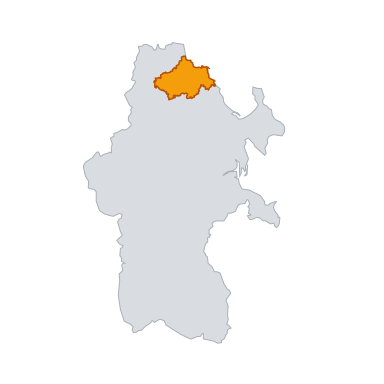 Donets'k on a map of Ukraine (Mercator projection), rotated 260°
{"feature_id": "UKR-327", "entity_name": "Donets'k", "entity_type": "Region", "adm_level": 1, "iso_a3": "UKR", "parent_name": "Ukraine", "parent_adm1": "", "projection": "mercator", "projection_center": [37.457, 48.054], "detail": "fine", "context": "in_parent", "style": "filled", "palette": "amber", "viewbox_px": 384, "rotation_deg": 260, "n_neighbors": 0, "source": "natural_earth", "source_scale": "10m", "svg_char_len": 9104}
<svg xmlns="http://www.w3.org/2000/svg" viewBox="0 0 384 384"><g transform="rotate(260 192 192)"><path d="M258.4,262.7L262.5,268.9L265.8,272.1L267.6,272.2L272.3,270.0L275.3,270.8L278.0,268.8L284.9,270.2L282.8,274.1L281.8,278.2L272.9,279.6L269.6,277.3L266.1,277.4L264.1,280.3L260.7,282.3L259.5,284.5L253.2,284.4L249.0,286.5L245.8,290.9L242.3,293.6L239.4,294.5L235.1,293.4L231.6,290.5L234.4,282.0L233.4,277.4L230.6,275.2L227.1,275.1L222.5,271.3L217.3,271.8L215.5,270.0L226.3,261.6L228.7,261.2L235.3,256.7L234.1,253.1L231.3,254.0L227.4,251.1L215.0,253.4L207.5,249.0L204.0,248.5L203.1,247.4L206.7,246.4L207.0,244.8L202.0,243.8L199.3,241.7L213.0,243.7L216.7,240.2L212.9,241.5L209.0,240.7L207.6,239.5L205.9,236.0L205.8,231.1L204.1,226.7L202.8,225.3L205.4,232.5L204.7,239.4L198.9,239.0L199.4,236.2L196.7,239.9L192.1,240.0L186.3,241.8L183.9,248.9L176.5,258.7L169.7,262.0L167.4,261.4L166.4,262.2L165.9,265.2L167.1,266.7L168.1,271.5L167.7,273.5L165.4,270.8L162.6,269.6L159.5,270.0L153.9,272.8L152.0,272.3L152.1,273.7L151.6,274.1L146.3,272.7L144.0,271.4L142.2,268.9L143.9,267.7L147.1,267.2L147.0,263.6L151.1,259.1L151.2,257.0L154.8,254.2L155.8,251.1L154.5,246.5L155.0,244.1L158.9,242.5L159.2,246.1L160.0,245.7L160.9,243.9L166.2,245.6L167.7,244.4L170.0,246.8L174.0,246.1L175.0,245.0L171.4,242.1L171.8,237.5L170.7,234.9L165.4,231.5L164.4,227.4L164.9,223.8L162.2,222.4L158.0,218.3L159.3,211.1L159.0,208.4L157.8,206.3L154.4,206.6L151.8,202.3L147.7,201.5L146.5,203.1L145.8,201.6L144.4,201.7L144.5,199.9L143.6,199.3L140.1,198.8L139.3,197.2L135.5,194.7L130.9,193.1L128.4,194.7L127.3,194.3L125.5,195.9L118.9,195.5L115.1,198.7L109.7,200.2L109.2,202.5L107.3,205.6L95.4,207.7L90.3,209.9L88.7,211.8L85.6,212.6L80.2,207.1L78.6,206.7L73.4,207.8L64.7,205.6L60.3,205.6L55.7,203.2L54.2,205.2L51.2,206.7L50.9,204.6L49.4,202.6L46.2,202.0L45.1,200.1L42.2,198.8L40.6,195.0L38.5,195.0L38.7,190.8L41.3,187.8L45.4,177.7L50.6,178.6L50.7,177.5L48.3,175.2L48.7,171.9L47.3,165.5L48.3,163.8L53.9,156.0L65.5,143.3L69.9,142.4L71.9,139.2L72.0,136.9L70.0,132.3L72.2,130.7L72.0,130.0L70.1,128.2L68.0,123.1L64.6,118.1L64.9,115.8L63.6,112.4L63.7,109.9L66.8,109.1L69.5,110.6L72.5,108.4L76.5,102.8L88.6,101.1L103.2,101.5L117.7,105.5L124.0,106.0L126.6,110.2L131.8,110.1L133.3,110.9L133.5,113.5L136.2,110.4L138.8,111.3L141.8,109.9L148.8,111.7L149.7,114.1L151.1,114.7L153.1,111.8L157.4,109.4L161.6,116.1L165.1,114.7L175.5,113.5L178.0,115.7L178.4,117.7L182.0,119.3L183.5,116.9L181.8,110.3L182.7,107.7L185.6,102.0L189.5,97.8L199.6,96.1L208.9,97.7L211.7,96.0L213.1,91.6L214.3,90.6L220.6,92.1L226.5,89.7L236.5,89.5L239.7,92.1L242.9,99.7L247.8,105.2L247.5,107.0L243.0,108.0L243.0,108.9L244.4,111.4L244.9,116.7L245.7,117.3L244.6,119.6L249.4,120.1L253.1,121.9L259.1,121.0L260.7,124.9L263.4,125.3L263.4,127.9L265.6,133.9L264.7,137.0L265.1,139.0L268.1,143.5L269.5,144.1L273.2,141.7L277.1,142.5L280.3,145.9L283.6,145.9L285.7,147.8L288.1,145.6L299.4,142.4L302.1,145.6L302.5,147.6L304.2,150.5L310.0,155.5L311.7,155.0L312.3,152.7L313.6,152.0L316.9,154.3L320.3,154.6L324.9,158.0L329.3,157.2L331.5,160.2L334.2,160.6L339.6,164.7L344.7,164.5L344.3,168.4L345.5,170.0L345.2,173.1L341.5,178.0L338.0,179.4L339.1,181.9L343.2,183.5L343.4,184.3L339.8,184.6L338.3,186.4L337.3,190.2L340.5,191.5L341.5,196.2L340.7,197.6L342.6,198.5L338.8,209.3L323.3,209.5L320.2,213.9L315.5,215.3L314.1,216.6L312.7,222.6L314.0,223.7L312.7,226.2L312.9,228.3L301.4,228.8L298.0,232.7L293.0,233.7L288.7,237.8L286.9,236.5L284.6,236.6L279.9,239.1L275.5,238.9L272.2,240.0L264.9,246.0L261.5,251.3L258.3,252.8L262.8,248.5L263.0,246.3L262.0,244.6L259.1,248.8L255.5,250.7L255.6,255.7L258.4,262.7ZM209.4,251.6L199.4,249.1L198.5,246.2L200.7,248.7L209.4,251.6Z" fill="#d9dde1" stroke="#a8b0b8" stroke-width="1"/><path d="M326.9,209.0L324.2,208.9L323.4,209.2L322.8,210.0L322.4,211.0L322.1,212.1L321.9,213.2L321.8,213.6L321.4,213.6L320.8,213.4L320.5,213.4L320.2,213.7L319.6,214.4L319.3,214.7L318.8,214.9L315.2,215.4L314.7,215.8L314.2,216.5L313.9,217.4L313.7,218.2L313.7,220.0L313.6,220.8L313.2,221.5L312.7,222.2L312.5,222.7L312.4,223.1L312.7,223.3L313.0,223.4L313.6,223.3L313.9,223.3L314.2,223.4L314.4,223.7L314.3,224.2L314.1,224.6L313.0,225.2L312.7,225.8L312.6,226.6L312.7,227.4L312.9,228.0L312.6,228.4L311.7,229.7L311.1,230.0L311.4,229.2L311.4,228.8L311.0,228.6L310.4,228.1L309.7,228.6L309.0,228.3L308.6,228.2L308.4,228.4L306.9,228.1L305.0,228.8L304.3,228.8L302.1,228.4L301.5,228.6L300.4,229.7L298.6,232.3L298.2,233.2L297.9,233.6L297.5,233.7L297.6,233.1L297.2,232.6L296.6,232.3L296.0,232.2L295.7,232.3L294.9,232.9L292.8,233.7L292.3,232.8L292.3,232.6L292.5,232.2L293.1,231.6L293.3,231.6L293.7,231.8L294.1,231.5L294.1,231.4L294.1,231.2L293.8,230.6L294.0,230.4L294.2,230.1L294.2,229.9L293.4,229.2L293.1,229.5L292.4,229.0L292.2,228.7L292.0,228.0L291.9,227.7L291.5,227.1L291.1,226.9L290.3,226.5L289.9,226.1L289.8,225.9L289.7,225.8L289.9,225.6L290.8,225.6L291.0,225.5L291.1,225.4L291.2,225.2L291.1,224.4L290.7,223.5L290.7,223.3L290.8,223.1L291.1,223.0L291.3,223.1L291.6,223.2L291.8,223.3L292.0,223.4L292.3,223.4L292.7,223.4L293.3,223.2L293.4,222.9L293.4,222.6L293.5,222.4L293.7,222.0L293.9,221.5L294.0,221.4L294.3,221.3L294.6,221.4L294.7,221.6L295.0,222.0L295.3,221.8L295.3,221.7L295.3,221.2L295.3,220.9L295.6,220.4L295.6,220.0L295.6,219.9L295.9,219.4L295.9,219.2L295.5,219.1L294.8,219.0L294.6,219.0L294.5,219.3L294.4,219.3L294.3,219.2L293.9,218.6L292.5,217.5L292.1,216.9L292.0,216.7L291.2,216.3L290.3,216.8L289.9,216.4L289.2,215.6L288.7,215.3L288.2,215.5L287.9,215.5L287.9,215.4L287.9,215.2L288.0,214.8L287.9,214.7L287.5,214.5L287.4,214.3L287.4,214.1L287.5,213.9L287.9,213.8L287.9,213.7L287.3,213.5L287.1,213.2L286.9,212.6L286.4,211.6L286.3,211.4L286.3,210.9L286.2,210.8L286.2,210.7L285.4,210.8L285.1,210.7L284.9,210.4L284.9,209.3L284.8,208.8L284.7,208.6L284.3,208.4L284.2,208.2L284.2,207.9L284.3,207.7L284.6,207.7L285.1,207.5L285.6,207.5L285.9,207.4L285.9,207.2L285.6,206.5L285.4,206.4L285.1,206.3L284.9,206.1L284.9,205.8L284.9,205.4L284.9,203.9L284.9,203.7L285.1,203.4L285.3,203.3L285.7,203.3L286.3,203.1L286.5,203.1L287.5,203.5L287.7,203.9L287.9,204.0L288.6,204.2L289.2,204.5L289.3,204.6L290.1,204.0L290.3,203.7L290.4,203.4L290.3,203.0L290.1,202.2L289.9,201.5L289.9,201.3L290.0,201.1L290.3,200.9L290.5,200.8L290.8,200.5L290.9,200.2L290.7,198.6L290.6,198.3L290.5,197.8L290.4,197.7L289.9,197.6L289.9,197.3L289.8,197.2L289.6,197.2L289.2,197.4L289.0,197.2L289.1,196.2L288.9,194.8L289.0,194.6L289.4,194.5L289.6,194.3L289.5,194.2L289.3,194.0L289.4,193.2L289.5,193.0L289.7,192.8L289.8,192.8L289.7,192.2L290.1,191.9L290.3,191.8L290.3,191.7L290.3,191.0L290.2,190.7L289.9,190.4L289.1,190.6L288.9,190.8L288.8,191.5L288.7,191.7L288.5,191.8L288.0,191.8L287.9,191.8L287.8,191.6L287.9,191.1L287.9,190.9L288.1,190.7L288.3,190.4L288.6,190.1L288.5,189.9L288.4,189.8L287.8,190.0L287.7,190.0L287.6,189.8L287.5,189.3L287.2,188.7L287.2,188.4L287.2,187.7L287.2,187.0L286.9,185.9L286.9,185.4L287.0,185.2L287.4,185.1L287.6,185.1L288.1,185.4L288.3,185.5L289.1,185.5L289.8,184.9L290.0,184.8L290.3,184.8L290.5,184.8L292.2,185.7L292.4,185.9L292.6,185.9L292.7,185.6L292.6,185.4L292.3,185.3L292.2,185.2L292.2,184.9L292.4,184.6L292.5,184.5L292.6,184.4L293.0,184.6L293.3,184.4L293.4,184.1L293.4,183.9L293.6,183.7L294.0,183.8L294.3,184.2L294.5,184.2L294.7,184.3L295.2,184.1L295.3,184.0L295.2,183.5L295.2,183.2L295.3,183.1L295.6,182.9L295.9,182.4L296.7,181.8L297.2,181.8L297.4,181.7L297.5,181.5L297.5,181.4L297.3,181.0L297.4,180.6L297.1,180.3L297.1,180.2L297.5,179.6L298.0,179.3L298.1,179.2L298.3,178.7L298.5,178.3L302.4,175.9L302.6,175.7L302.4,175.2L302.2,175.1L301.8,175.1L301.1,175.0L300.8,174.8L301.3,173.9L301.5,173.7L303.1,173.7L305.3,174.3L306.1,174.3L306.4,174.2L306.5,174.0L306.6,173.6L306.8,173.6L307.2,173.9L307.4,174.2L307.9,174.3L308.1,174.4L308.1,174.6L307.5,174.7L307.4,174.8L307.2,175.2L307.2,175.4L307.3,175.5L308.2,175.9L308.7,176.2L309.0,176.1L309.5,175.7L310.4,175.7L310.4,175.8L310.3,176.6L310.3,177.3L310.2,177.5L309.9,177.8L310.0,178.0L310.1,178.3L310.5,179.5L310.5,179.8L310.4,179.9L310.0,180.0L309.9,180.3L309.6,180.3L309.4,180.5L309.4,180.8L309.7,180.9L310.0,181.2L310.2,181.3L312.1,181.4L312.8,181.6L313.1,182.8L313.2,183.4L313.4,183.6L313.9,183.7L314.0,183.8L314.0,184.3L314.2,184.8L314.3,185.3L314.2,185.6L313.8,186.1L313.8,186.3L313.8,186.6L314.3,186.6L314.5,186.8L314.4,186.9L314.3,187.1L314.1,187.5L313.6,188.0L313.5,188.3L313.5,189.0L313.6,189.5L313.6,189.9L313.8,190.7L313.8,190.8L313.7,191.2L313.7,191.4L313.8,191.6L314.0,191.8L314.4,191.9L314.6,192.0L314.6,192.3L314.4,192.9L314.4,193.4L314.4,193.6L314.5,193.9L314.7,194.0L315.2,194.2L315.5,194.3L315.9,194.0L316.0,194.1L316.3,194.5L316.5,195.0L317.0,195.5L317.2,195.8L317.4,196.2L317.5,196.4L317.4,196.5L317.3,196.8L317.1,196.9L316.3,197.0L316.2,197.1L316.2,197.3L316.5,198.1L316.6,198.3L317.1,198.4L318.8,198.3L319.1,198.6L319.3,199.3L319.6,200.1L319.5,200.7L319.5,200.8L320.0,201.1L322.1,202.0L323.1,202.5L323.3,203.0L323.2,203.2L323.0,203.6L322.9,203.9L323.1,204.3L323.6,204.7L323.9,204.9L325.2,204.8L326.7,205.2L326.8,205.4L326.9,205.6L326.8,206.7L327.0,206.9L327.2,207.1L327.2,207.5L326.9,209.0Z" fill="#f59e0b" stroke="#b45309" stroke-width="1.5"/></g></svg>